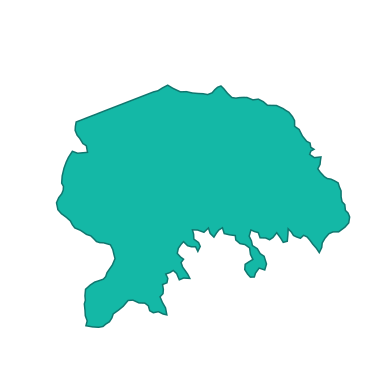 the district of Torrinha, São Paulo, Brazil, rotated 342°
{"feature_id": "56859067B22113080966075", "entity_name": "Torrinha", "entity_type": "district", "adm_level": 2, "iso_a3": "BRA", "parent_name": "Brazil", "parent_adm1": "São Paulo", "projection": "albers", "projection_center": [-48.163, -22.448], "detail": "fine", "context": "isolated", "style": "filled", "palette": "teal", "viewbox_px": 384, "rotation_deg": 342, "n_neighbors": 0, "source": "geoboundaries", "source_scale": "gbopen_adm2", "svg_char_len": 2908}
<svg xmlns="http://www.w3.org/2000/svg" viewBox="0 0 384 384"><g transform="rotate(342 192 192)"><path d="M103.5,89.6L101.4,93.5L99.9,97.3L100.3,102.5L101.8,106.2L103.2,112.2L105.8,115.3L104.9,122.0L95.2,119.8L90.8,116.3L85.2,120.9L81.7,124.6L77.7,129.7L73.5,136.6L70.8,143.3L71.5,146.9L70.1,150.4L67.6,153.4L63.5,156.2L59.8,160.4L59.0,167.4L61.1,172.3L64.5,177.0L67.4,181.9L68.1,186.1L69.4,189.9L74.1,194.0L76.3,196.8L78.5,199.7L82.2,202.4L84.1,206.0L85.8,209.6L88.7,211.7L92.2,213.0L98.1,217.0L98.9,222.2L98.5,226.7L98.2,231.6L93.7,236.8L89.2,240.2L86.2,242.5L83.8,245.8L80.8,247.5L75.9,247.6L71.6,247.6L66.6,249.0L60.7,251.6L58.1,257.7L57.1,262.1L55.0,265.2L53.7,271.4L52.3,276.7L52.5,282.2L49.8,286.4L55.6,289.5L61.4,291.8L65.8,292.4L69.1,291.0L73.4,289.9L76.9,287.0L79.4,283.6L85.7,281.6L91.3,279.4L97.7,275.4L102.4,276.6L107.3,281.1L112.8,283.1L115.3,286.7L115.1,291.8L117.9,294.9L123.0,295.4L126.8,299.1L130.1,301.1L131.0,294.0L129.7,287.8L129.2,281.8L133.0,279.7L134.6,276.0L135.4,270.9L140.1,270.6L142.3,266.7L141.7,261.9L146.3,261.8L149.9,260.8L152.2,264.8L152.8,271.6L157.4,271.2L163.2,273.5L162.5,268.9L161.3,264.9L159.9,260.6L159.8,255.7L163.2,253.3L161.0,250.3L159.0,245.8L161.6,241.3L165.4,238.4L168.6,236.6L171.2,241.7L174.5,243.9L178.5,245.2L179.2,250.3L183.0,246.3L182.6,242.1L179.2,237.4L180.5,232.6L180.7,228.1L185.6,229.9L190.9,234.0L196.5,231.3L196.5,237.0L198.9,241.7L202.7,238.5L205.8,236.4L209.9,235.4L209.8,241.5L214.6,244.4L219.7,246.8L218.8,251.1L221.7,255.9L226.2,258.4L229.5,263.0L228.3,269.5L229.1,274.9L224.9,275.9L220.2,277.2L218.2,282.1L219.5,287.2L221.2,291.0L225.0,292.1L227.3,288.8L232.3,285.1L237.1,288.6L240.6,283.5L240.7,275.4L237.8,271.7L236.6,266.1L232.9,261.6L233.4,256.9L232.7,251.7L236.3,246.3L239.3,249.0L242.5,251.1L242.6,256.6L247.9,258.5L251.0,261.4L254.9,260.3L260.0,256.9L262.0,263.0L263.2,268.1L267.4,268.3L270.1,262.0L272.1,256.7L274.1,260.8L275.1,264.7L277.6,267.1L280.8,269.5L284.8,267.7L287.6,270.3L289.3,274.4L290.7,278.8L292.9,283.9L294.3,289.0L298.2,284.9L300.1,280.7L304.0,277.2L309.2,274.0L313.7,273.5L319.2,275.2L326.6,272.7L331.5,269.8L334.2,264.5L333.9,260.2L332.2,256.9L333.4,251.2L331.7,247.6L332.3,242.7L334.1,237.0L333.7,232.4L333.8,228.5L331.0,225.4L328.1,222.7L324.8,221.0L322.6,218.3L320.1,212.9L318.8,208.8L322.3,205.3L323.7,202.1L325.5,198.5L318.9,197.1L315.5,192.6L317.7,189.8L321.2,189.1L318.8,186.2L319.4,181.9L316.7,179.2L314.3,172.9L313.2,165.6L309.9,161.3L311.6,155.8L310.8,151.3L308.8,146.1L306.5,143.5L304.4,140.8L299.0,135.8L290.6,132.9L287.7,128.1L283.8,124.2L278.4,123.2L273.5,119.1L270.0,117.9L266.4,116.9L262.7,116.3L259.1,114.5L256.2,109.0L254.1,103.5L252.3,100.1L248.7,100.3L245.4,101.7L241.8,103.9L237.0,104.2L232.8,101.9L228.5,100.3L223.0,98.0L217.8,94.9L212.0,93.2L208.4,89.9L205.7,87.3L201.9,82.9L196.0,83.9L190.9,85.2L186.3,84.9L136.4,87.7L103.5,89.6Z" fill="#14b8a6" stroke="#0f766e" stroke-width="1.5"/></g></svg>